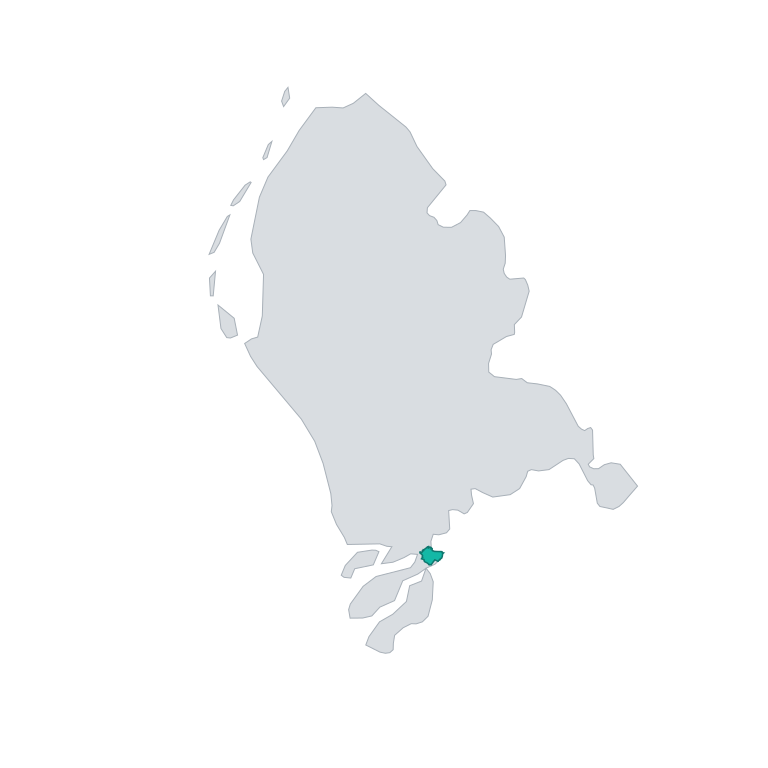 location of Woensdrecht, Noord-Brabant, Netherlands, rotated 309°
{"feature_id": "6326949B40585384070761", "entity_name": "Woensdrecht", "entity_type": "district", "adm_level": 2, "iso_a3": "NLD", "parent_name": "Netherlands", "parent_adm1": "Noord-Brabant", "projection": "mercator", "projection_center": [4.343, 51.411], "detail": "fine", "context": "in_parent", "style": "filled", "palette": "teal", "viewbox_px": 768, "rotation_deg": 309, "n_neighbors": 0, "source": "geoboundaries", "source_scale": "gbopen_adm2", "svg_char_len": 5581}
<svg xmlns="http://www.w3.org/2000/svg" viewBox="0 0 768 768"><g transform="rotate(309 384 384)"><path d="M464.2,645.3L452.9,644.9L442.3,644.6L436.7,643.7L430.8,641.0L428.1,635.5L424.7,628.9L425.6,624.8L435.6,613.3L437.1,610.1L436.0,608.3L437.0,603.2L444.7,585.9L445.7,579.0L442.2,574.1L437.3,571.2L421.3,566.1L413.7,558.8L410.2,552.4L406.6,550.6L401.4,552.8L388.1,555.2L377.4,551.7L364.6,539.7L361.7,528.9L360.1,520.7L357.0,517.8L352.7,522.0L347.3,528.8L336.6,529.6L333.5,528.0L333.0,524.3L332.4,520.7L329.5,516.3L326.3,513.9L312.7,526.3L307.7,526.2L301.3,521.5L298.2,516.8L291.2,519.5L285.0,525.2L287.1,536.0L283.8,538.0L276.0,537.0L267.3,532.6L257.6,529.9L242.9,522.4L222.3,528.5L208.0,521.2L196.1,520.5L188.7,514.7L180.7,505.0L186.4,498.5L191.8,496.3L213.6,495.1L229.4,499.0L257.9,520.2L265.0,520.0L272.7,517.3L268.8,511.6L261.7,508.8L251.1,503.1L242.7,495.1L262.5,492.5L259.7,488.4L257.1,481.3L236.2,456.5L239.8,449.8L245.0,435.4L251.6,423.4L256.8,420.1L265.4,411.6L284.0,386.6L295.9,366.2L304.7,341.8L317.7,274.4L321.5,262.9L327.8,250.2L335.6,252.6L341.0,256.3L360.3,246.6L393.4,221.4L403.2,199.6L412.8,189.4L450.8,169.6L471.8,163.6L504.3,162.1L527.7,158.5L555.8,157.2L566.5,169.5L572.8,178.5L582.8,183.5L598.3,186.9L597.3,204.6L597.5,239.4L596.3,245.6L589.3,260.2L582.0,286.4L580.0,303.6L577.8,306.9L548.3,306.8L544.1,309.7L543.5,313.4L545.0,317.9L544.3,322.2L541.9,325.8L543.2,331.5L548.3,337.9L557.6,341.9L567.6,342.2L572.8,341.6L576.5,346.1L580.2,353.2L579.9,362.1L578.5,374.0L573.8,385.0L560.2,397.7L554.1,402.2L548.3,404.4L545.6,407.8L544.3,412.0L544.6,415.8L554.3,425.9L554.1,428.2L551.3,433.5L547.5,438.4L522.6,448.7L512.2,447.9L506.4,453.0L504.5,454.0L498.0,449.3L483.5,443.9L478.0,445.7L474.9,448.7L465.8,452.3L459.2,457.9L459.2,465.2L470.8,483.9L474.9,487.6L475.1,494.5L480.7,503.3L486.4,514.3L487.1,521.2L486.4,528.3L483.4,538.2L473.4,561.5L473.2,565.9L474.1,569.3L477.5,570.3L480.2,572.0L479.4,575.1L460.6,591.2L458.1,594.0L450.2,593.2L449.0,595.9L450.1,600.3L453.2,604.0L459.9,606.0L465.7,610.1L470.3,618.1L464.2,645.3ZM267.3,532.6L265.7,539.3L261.3,546.7L246.6,557.4L231.2,564.4L223.3,563.5L217.8,559.9L214.9,556.0L206.7,552.3L195.4,550.4L188.3,554.5L183.3,558.3L178.9,557.6L175.6,554.5L173.1,549.6L169.7,534.1L178.2,531.3L196.4,530.2L210.5,535.7L229.1,538.3L243.4,530.9L254.5,537.2L267.3,532.6ZM236.5,469.3L247.3,479.1L249.6,482.2L250.5,485.6L236.7,489.5L222.0,477.5L212.3,480.3L208.6,474.6L208.5,471.1L218.6,468.1L236.5,469.3ZM340.8,226.2L329.8,239.4L323.1,235.7L321.1,232.6L324.5,222.4L340.9,205.3L340.8,226.2ZM389.8,167.6L379.4,169.1L374.7,166.5L399.8,159.1L415.6,156.8L418.4,157.8L389.8,167.6ZM457.0,153.9L435.1,157.0L427.6,154.7L426.4,152.5L432.4,151.2L451.1,150.9L456.9,152.8L457.0,153.9ZM365.6,182.1L345.0,195.8L343.3,193.6L356.5,181.7L365.6,182.1ZM546.8,130.8L536.4,131.4L539.4,126.4L549.0,122.7L554.1,122.7L546.8,130.8ZM502.0,144.2L486.4,150.6L482.6,149.2L483.6,147.4L497.3,143.4L502.0,144.2Z" fill="#d9dde1" stroke="#a8b0b8" stroke-width="1"/><path d="M273.0,534.4L274.8,534.3L275.1,534.3L275.3,534.3L275.5,534.3L275.8,534.3L276.0,534.3L276.2,534.2L276.7,534.2L276.9,534.2L277.0,534.2L277.4,534.2L277.5,534.2L278.0,534.2L278.7,534.2L278.8,534.2L279.0,534.2L279.3,534.1L279.4,534.3L279.5,534.5L279.6,535.1L279.7,535.6L279.9,536.5L280.0,537.0L280.1,537.5L280.4,537.7L280.8,537.6L281.0,537.5L281.4,537.6L281.6,537.6L281.9,537.7L282.1,537.7L282.3,537.7L282.5,537.7L282.5,537.8L282.7,537.7L282.8,537.8L283.0,537.8L283.1,538.0L283.3,537.9L283.7,538.0L284.3,538.2L284.9,538.1L285.0,538.3L285.2,538.2L285.3,538.2L285.5,538.1L285.8,538.1L286.0,538.1L286.3,538.0L286.3,537.9L286.5,537.8L286.7,537.7L286.8,537.7L287.0,537.6L287.2,537.4L287.3,537.4L287.8,537.1L288.1,537.0L288.5,536.7L288.9,536.5L289.1,536.4L289.6,536.5L290.2,536.6L290.1,536.4L290.0,536.0L289.8,535.6L289.5,535.3L290.2,534.6L289.9,534.1L289.2,533.2L288.7,532.6L287.8,531.4L287.4,530.9L286.3,529.4L285.7,528.7L284.9,526.4L285.0,526.2L285.5,525.8L285.6,525.6L285.7,525.3L286.0,525.3L286.2,525.2L286.1,524.9L286.1,524.5L285.9,524.5L285.8,524.4L286.1,524.4L286.4,524.5L286.4,524.4L286.5,524.1L286.5,523.8L286.3,523.8L286.2,523.8L286.2,523.6L286.1,523.3L286.2,523.1L286.4,522.8L286.3,522.6L286.2,522.5L286.2,522.4L286.0,522.2L285.9,522.1L285.8,521.9L285.6,522.0L285.3,522.1L285.2,522.1L284.9,522.0L284.4,521.8L284.4,521.6L284.5,521.6L284.8,521.2L285.0,521.3L285.4,521.1L285.5,521.1L285.7,520.9L285.3,520.7L285.2,520.6L284.9,520.3L284.6,520.3L284.5,520.2L284.3,520.2L284.1,520.2L283.9,520.2L283.6,520.1L283.3,520.1L283.2,520.0L282.9,520.0L282.2,519.8L281.6,519.6L281.4,519.6L281.0,519.5L280.7,519.4L280.4,519.3L280.3,519.2L280.2,519.2L280.0,518.9L279.6,519.5L279.4,519.3L279.2,519.2L278.9,518.9L278.7,518.7L278.5,518.8L278.4,518.9L278.2,519.0L278.1,519.4L277.8,519.3L277.7,519.3L277.4,519.4L277.1,519.4L276.8,519.4L276.7,519.3L276.7,519.2L276.6,518.9L276.6,518.7L276.4,518.5L276.4,518.3L276.0,518.4L276.0,518.2L275.7,518.3L275.7,518.2L275.5,518.3L275.4,518.3L275.4,518.2L275.3,518.3L275.3,518.8L275.3,519.0L275.3,519.3L275.3,519.5L275.3,519.9L275.3,520.2L275.3,520.3L275.3,520.5L275.3,520.8L275.3,521.0L275.2,521.3L275.0,521.5L274.8,522.1L274.7,522.1L274.4,522.1L274.2,522.2L274.1,522.3L274.0,522.5L273.9,522.5L273.7,523.1L273.3,523.0L273.1,523.0L272.0,523.0L271.9,523.0L271.7,523.1L272.3,524.5L272.6,525.2L272.8,525.6L272.5,526.0L272.3,526.2L272.2,526.2L272.2,526.3L271.8,526.6L271.7,526.9L271.5,527.2L271.5,527.6L271.8,528.7L272.1,530.1L272.1,530.8L272.1,531.7L272.0,532.3L271.8,532.5L272.0,533.1L272.6,533.2L272.7,533.4L273.0,534.4Z" fill="#14b8a6" stroke="#0f766e" stroke-width="1.5"/></g></svg>